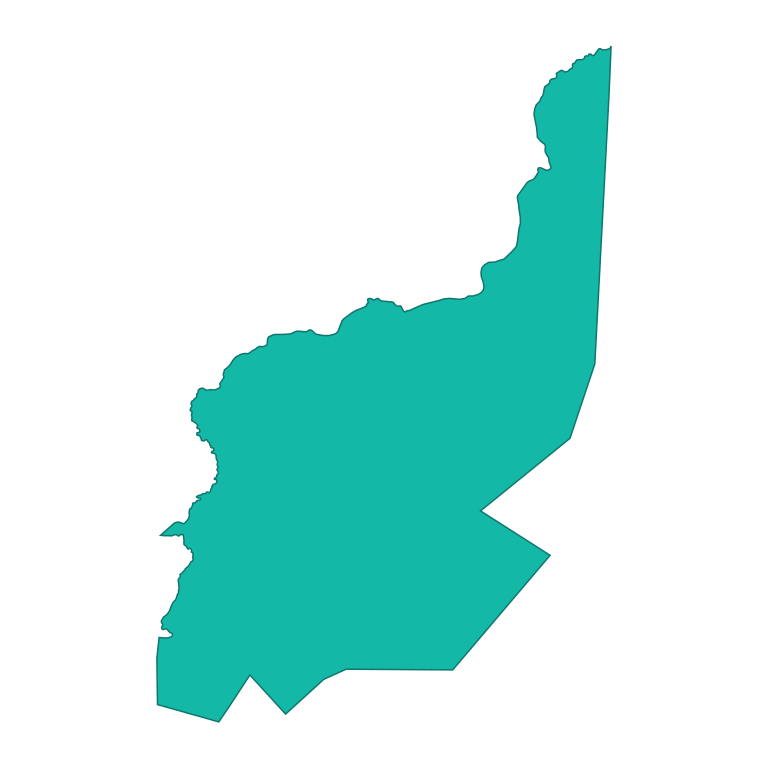 Pilnaniyeu, Río Negro, Argentina
{"feature_id": "61730980B63808307170695", "entity_name": "Pilnaniyeu", "entity_type": "district", "adm_level": 2, "iso_a3": "ARG", "parent_name": "Argentina", "parent_adm1": "Río Negro", "projection": "mercator", "projection_center": [-70.712, -40.709], "detail": "fine", "context": "isolated", "style": "filled", "palette": "teal", "viewbox_px": 768, "rotation_deg": 0, "n_neighbors": 0, "source": "geoboundaries", "source_scale": "gbopen_adm2", "svg_char_len": 6066}
<svg xmlns="http://www.w3.org/2000/svg" viewBox="0 0 768 768"><path d="M160.6,535.3L164.2,535.7L169.7,535.7L171.6,535.9L174.6,534.7L176.0,534.7L176.9,535.0L178.3,536.0L179.2,535.8L180.7,534.4L181.4,534.4L181.8,534.7L183.2,534.7L183.9,539.0L184.0,541.8L183.8,543.1L184.1,543.8L184.0,544.5L184.7,545.2L186.0,545.8L186.8,547.5L187.9,548.9L188.2,549.1L189.0,548.5L189.7,548.3L191.2,549.2L191.7,551.1L191.3,552.0L192.9,552.9L192.9,554.5L193.2,555.9L192.6,557.0L193.1,559.3L192.7,560.8L192.3,561.2L191.1,561.6L188.7,565.8L185.2,568.9L184.6,570.3L183.4,571.4L181.5,573.6L180.6,573.9L180.0,574.5L180.3,576.2L180.1,577.1L178.4,579.0L178.2,580.9L178.9,583.9L178.8,585.6L178.9,586.2L179.1,588.8L178.6,589.9L178.5,592.5L178.1,593.5L177.5,594.3L176.4,597.9L175.6,599.8L173.3,602.1L172.4,603.7L171.1,606.5L169.4,611.1L168.4,612.6L166.3,615.2L164.0,616.7L163.2,617.5L162.9,618.4L161.8,620.0L161.3,621.3L161.4,622.1L162.9,624.7L161.8,626.9L161.6,628.1L162.2,629.2L162.8,629.6L165.9,628.8L167.0,629.3L167.8,630.1L168.6,631.3L170.0,632.5L171.5,633.1L172.1,633.6L172.5,634.4L172.3,635.6L171.3,636.8L168.3,637.8L163.9,638.0L162.4,637.7L159.1,637.5L156.9,657.7L157.1,677.1L157.5,704.6L218.8,721.9L228.1,708.2L249.9,675.0L285.6,714.1L323.8,679.3L346.1,669.2L452.7,669.9L550.1,555.3L480.5,510.9L570.0,438.3L594.8,364.0L609.0,95.1L611.1,46.1L610.6,47.4L609.7,48.5L608.6,49.0L605.4,49.9L602.8,49.9L600.7,48.9L600.0,48.7L599.1,48.8L598.3,49.5L597.1,51.4L595.9,52.6L595.0,54.4L593.8,55.3L592.8,55.6L592.2,55.6L591.2,54.5L590.5,54.0L589.0,54.2L588.1,55.9L585.6,56.0L584.7,56.7L584.5,57.5L584.1,58.5L583.3,59.3L581.7,59.7L579.1,59.6L576.9,59.9L576.0,60.9L574.8,63.1L572.9,63.7L572.6,64.1L572.4,65.4L572.8,66.6L572.6,67.5L569.6,69.5L568.6,70.7L567.4,71.5L565.7,71.9L564.3,71.8L562.6,70.6L561.5,70.3L560.9,70.5L556.8,73.1L556.4,73.5L556.4,74.4L556.8,75.7L556.8,76.5L556.3,77.6L555.7,78.1L554.8,78.5L551.8,79.0L550.7,79.7L550.3,80.1L549.9,80.8L549.8,82.3L549.4,83.1L547.6,84.8L544.7,86.8L543.9,90.3L543.3,94.1L542.7,95.8L542.2,96.5L541.5,97.1L540.7,98.5L539.9,101.1L536.3,104.8L534.9,108.3L534.3,111.8L534.0,114.7L536.5,127.2L537.3,134.8L537.3,137.1L540.5,141.1L544.7,144.3L545.5,146.4L545.2,148.4L545.1,150.5L545.3,151.9L545.9,153.4L547.0,155.3L548.1,156.8L548.7,158.1L549.0,161.0L549.3,162.7L550.5,165.4L551.0,167.6L550.8,168.2L549.3,169.6L547.4,170.3L546.4,170.2L544.3,169.4L541.8,168.2L539.8,167.7L538.5,168.0L537.8,169.1L537.9,170.2L538.4,171.6L538.4,172.1L535.1,177.4L533.3,179.5L528.9,181.2L527.2,182.5L517.6,195.8L517.4,196.7L517.7,200.3L518.6,204.3L518.9,208.4L520.3,217.3L520.4,223.6L519.0,228.5L517.5,241.0L516.4,246.5L511.5,252.0L504.0,259.1L499.5,260.4L495.3,262.0L488.6,262.4L484.6,264.8L481.9,267.9L481.0,272.2L481.3,276.5L483.1,281.8L484.0,286.8L483.2,290.3L480.7,293.0L477.4,294.8L472.6,296.0L468.4,296.0L465.0,298.4L459.6,299.3L449.6,298.4L443.9,298.9L439.1,300.5L426.0,303.7L422.7,304.6L412.4,309.1L411.9,309.5L409.4,310.5L407.3,310.7L405.0,311.9L403.9,311.5L401.8,308.1L401.2,306.4L400.1,305.9L397.8,306.3L396.8,306.0L395.0,304.6L393.6,302.6L392.6,302.1L391.8,301.9L388.7,301.8L386.2,301.3L385.1,301.4L381.3,300.9L379.2,299.5L378.5,298.7L377.8,298.4L375.7,299.1L374.0,300.2L373.0,299.8L372.0,299.0L370.3,298.5L368.8,298.6L367.6,299.3L367.9,301.3L368.4,302.6L367.6,303.2L366.6,304.5L366.6,305.7L364.0,307.3L355.9,310.5L352.5,312.4L343.9,318.7L342.1,320.8L339.3,327.8L338.0,331.5L335.9,333.5L334.6,334.1L329.3,335.5L324.4,335.6L320.1,335.0L316.6,334.3L315.5,333.9L311.6,330.3L310.1,329.9L309.0,330.1L306.9,331.5L305.7,331.9L299.6,331.2L296.7,331.2L292.8,332.8L291.1,333.8L284.0,334.4L274.9,334.5L272.6,335.0L268.5,337.0L267.5,339.5L267.2,343.6L266.8,344.7L266.2,345.4L265.3,345.9L264.1,346.4L262.3,346.6L259.6,346.4L257.1,347.6L255.7,349.0L252.3,350.8L248.9,353.3L247.1,353.7L245.1,353.4L240.2,354.5L238.9,355.5L236.4,356.6L235.4,357.4L232.8,360.4L230.9,363.7L229.5,365.5L226.4,368.5L224.5,369.8L223.7,373.0L223.3,373.6L223.3,374.7L223.9,377.0L223.6,378.1L219.9,383.4L219.7,384.3L220.3,385.3L220.4,386.6L219.0,388.1L217.9,388.7L214.5,390.0L211.0,389.6L206.7,390.3L205.7,390.0L204.6,389.1L203.0,388.3L202.0,388.1L199.5,388.9L198.4,390.1L198.1,391.2L198.0,392.7L197.7,393.3L197.1,393.6L196.7,394.4L196.7,395.4L196.8,395.7L196.9,396.9L194.7,398.8L194.2,399.0L193.1,400.7L191.8,401.3L191.2,402.6L191.1,404.1L191.2,404.5L191.7,404.8L192.0,405.3L191.5,406.9L190.4,408.9L190.3,409.6L190.5,409.9L190.3,410.6L191.6,411.2L192.0,412.0L191.9,413.2L191.5,414.8L191.5,415.9L192.1,417.5L191.7,419.7L191.9,420.8L194.4,422.1L197.4,424.5L197.6,425.3L197.4,426.1L196.9,427.8L197.9,428.6L199.4,429.2L200.0,431.2L199.4,432.2L197.5,432.7L196.9,433.1L196.7,433.9L196.9,434.8L197.5,435.4L199.1,435.4L200.1,436.4L201.4,439.3L201.3,440.0L201.7,440.5L203.3,440.9L204.4,440.7L205.0,440.3L205.5,439.6L205.8,439.4L206.7,439.7L207.6,441.2L209.6,443.2L209.8,444.9L210.7,445.8L210.6,446.3L210.8,447.2L211.4,447.8L213.4,448.0L213.7,448.4L213.8,449.2L213.4,450.7L212.8,451.3L211.9,451.4L211.5,452.6L212.1,453.1L214.0,453.3L215.2,454.0L215.9,454.8L216.1,456.0L216.1,457.9L216.8,460.0L217.5,461.0L217.6,462.5L217.2,464.4L217.3,465.6L218.3,467.0L217.2,468.9L217.0,469.6L217.2,470.3L217.8,471.1L218.3,472.2L218.3,472.9L218.0,473.8L217.5,474.4L217.2,474.5L216.7,475.3L216.8,476.2L216.6,476.8L215.2,478.2L214.8,478.1L214.4,478.4L214.3,478.9L214.5,479.3L215.3,479.6L215.8,479.3L216.4,479.5L216.8,480.7L216.9,481.9L216.7,482.7L216.5,483.0L215.6,483.4L214.8,483.9L213.2,484.5L212.4,485.3L212.1,486.4L211.7,486.8L211.8,488.0L211.5,488.6L210.9,489.0L210.5,490.9L210.1,491.8L209.6,492.4L209.1,492.6L207.4,492.0L206.7,492.0L206.4,492.2L206.0,493.0L205.3,493.6L202.9,493.6L201.1,494.9L198.6,495.5L196.5,496.7L196.6,497.2L197.0,497.5L198.5,498.0L200.3,498.1L200.6,498.3L200.8,498.7L200.7,499.5L200.0,500.0L197.8,500.3L196.6,501.0L194.9,503.0L193.4,502.9L192.9,503.2L192.7,503.9L192.7,504.8L191.7,507.4L191.4,508.0L191.0,508.1L189.6,509.3L189.1,512.6L189.4,515.4L189.2,516.5L188.2,519.1L185.3,522.6L184.1,523.4L182.8,523.5L178.7,522.0L175.8,522.5L174.3,523.1L160.6,535.3Z" fill="#14b8a6" stroke="#0f766e" stroke-width="1.5"/></svg>